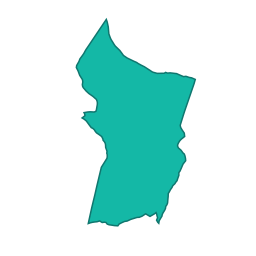 Altônia, Paraná, Brazil (Mercator projection), rotated 102°
{"feature_id": "56859067B71956660954916", "entity_name": "Altônia", "entity_type": "district", "adm_level": 2, "iso_a3": "BRA", "parent_name": "Brazil", "parent_adm1": "Paraná", "projection": "mercator", "projection_center": [-53.928, -23.914], "detail": "fine", "context": "isolated", "style": "filled", "palette": "teal", "viewbox_px": 256, "rotation_deg": 102, "n_neighbors": 0, "source": "geoboundaries", "source_scale": "gbopen_adm2", "svg_char_len": 2106}
<svg xmlns="http://www.w3.org/2000/svg" viewBox="0 0 256 256"><g transform="rotate(102 128 128)"><path d="M214.8,78.1L212.2,78.2L208.6,77.0L207.3,76.5L205.5,76.5L204.1,76.2L200.7,75.0L198.8,74.6L197.0,74.8L195.0,74.0L193.1,73.7L190.0,74.1L186.5,74.5L183.7,75.0L181.8,74.3L179.6,73.7L177.0,72.6L175.1,72.2L172.8,70.6L171.1,70.0L169.4,69.1L166.4,68.8L163.7,68.4L161.1,69.0L159.4,68.2L156.2,67.5L153.5,67.0L151.7,66.6L150.3,65.9L148.0,64.8L145.9,65.4L143.6,66.4L141.8,67.5L140.9,69.1L138.7,71.5L137.0,74.6L135.3,75.8L133.7,75.9L131.9,75.5L129.5,74.6L127.8,73.5L124.5,70.8L121.3,71.9L118.4,74.9L116.5,76.6L114.5,77.5L103.5,76.5L99.6,76.1L70.9,72.6L66.5,72.3L65.7,76.2L65.8,78.6L65.4,82.1L66.2,84.3L65.2,89.5L64.7,91.7L65.3,98.2L66.1,100.8L65.8,102.8L66.9,103.9L68.5,110.8L68.2,115.6L64.7,124.7L63.7,128.5L62.7,131.8L62.1,133.1L61.5,136.1L59.7,143.4L58.0,147.5L53.9,152.1L50.5,157.5L49.2,158.9L44.8,163.1L43.4,164.1L39.9,166.3L33.3,168.3L28.6,170.4L26.3,171.8L32.0,174.1L57.1,184.2L59.5,185.2L61.2,185.8L64.3,186.7L66.9,187.8L70.4,189.4L73.1,189.8L77.5,191.2L79.6,191.1L82.4,188.8L86.5,186.2L90.2,182.6L92.4,181.8L95.0,181.7L96.6,181.1L97.8,180.2L100.5,176.7L102.4,173.5L104.3,169.0L106.6,164.9L108.2,163.8L109.7,163.2L111.5,162.9L116.8,162.7L118.4,162.9L119.4,164.4L120.0,168.3L120.7,170.7L122.1,174.2L123.6,173.1L125.0,172.7L127.7,175.0L128.5,172.7L129.8,170.2L131.5,168.3L133.4,166.2L135.3,164.0L135.7,162.3L136.7,160.6L138.0,159.4L139.3,157.8L140.5,154.8L141.8,152.0L143.9,150.3L145.2,149.8L146.2,148.4L147.4,147.3L149.0,146.5L151.7,145.8L153.3,144.8L155.1,143.7L157.1,143.5L158.4,142.8L160.7,142.3L162.1,142.3L172.0,145.9L191.4,146.4L199.6,146.5L213.6,146.9L229.7,147.0L228.6,145.2L227.6,143.1L226.8,140.9L226.1,138.7L224.8,136.4L225.8,133.6L225.0,131.4L225.0,129.8L226.3,128.4L226.6,126.4L226.4,123.6L226.3,121.1L225.8,117.6L223.8,116.7L221.9,114.4L220.1,111.9L219.2,109.5L216.8,106.3L215.4,103.8L213.6,100.6L213.0,98.4L211.4,96.0L208.3,92.9L209.9,88.1L206.3,84.1L204.9,83.0L206.3,82.0L208.0,81.3L209.6,80.4L212.2,80.9L214.0,79.3L214.8,78.1Z" fill="#14b8a6" stroke="#0f766e" stroke-width="1.5"/></g></svg>